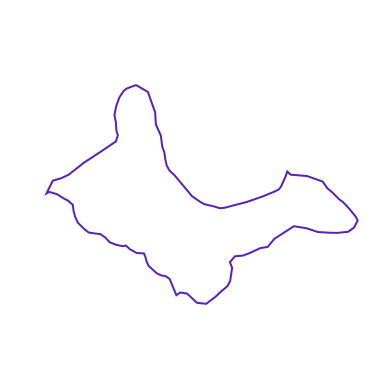 the district of Sosso-Nakombo, Mambéré-Kadéï, Central African Republic, rotated 325°
{"feature_id": "33826404B83457658124611", "entity_name": "Sosso-Nakombo", "entity_type": "district", "adm_level": 2, "iso_a3": "CAF", "parent_name": "Central African Republic", "parent_adm1": "Mambéré-Kadéï", "projection": "orthographic", "projection_center": [15.586, 3.907], "detail": "fine", "context": "isolated", "style": "outline", "palette": "violet", "viewbox_px": 384, "rotation_deg": 325, "n_neighbors": 0, "source": "geoboundaries", "source_scale": "gbopen_adm2", "svg_char_len": 1444}
<svg xmlns="http://www.w3.org/2000/svg" viewBox="0 0 384 384"><g transform="rotate(325 192 192)"><path d="M281.8,229.9L277.1,233.3L267.8,238.7L264.3,239.7L259.0,238.8L247.1,236.1L230.8,231.5L218.4,226.8L210.6,224.0L205.7,221.5L201.3,215.9L195.2,209.1L192.9,204.5L189.6,195.2L187.3,168.4L186.7,165.6L185.9,161.3L186.4,156.0L188.7,150.4L192.1,143.5L193.6,138.0L198.8,127.9L201.2,115.9L205.4,109.0L207.5,105.7L211.1,92.5L213.3,84.9L210.7,79.2L207.5,72.4L204.5,71.4L197.6,69.8L193.9,70.0L186.8,72.9L183.7,75.0L179.0,78.3L172.6,84.5L169.6,91.3L165.3,98.4L163.9,102.9L158.7,106.9L142.5,106.7L120.1,106.0L101.0,107.1L92.7,105.7L84.5,102.9L72.0,109.7L75.3,110.2L80.2,116.4L83.0,123.2L85.4,127.7L87.0,134.1L84.0,139.8L82.1,145.2L80.9,151.8L82.6,161.0L84.2,166.0L88.7,170.3L92.9,174.0L94.8,179.5L95.8,186.1L100.0,192.2L104.2,196.7L107.1,197.9L108.5,203.8L111.8,210.4L117.4,214.7L116.5,218.7L114.9,223.2L114.1,227.7L116.5,238.3L118.9,242.6L122.2,245.9L123.8,250.4L120.0,267.6L124.8,267.6L129.7,272.4L132.5,285.6L139.6,291.8L145.0,291.5L151.4,291.3L158.0,290.3L167.2,289.4L172.2,286.8L181.4,277.1L182.8,271.2L190.3,269.3L197.2,273.3L204.7,275.2L215.6,277.1L222.6,280.4L232.5,277.6L255.9,278.5L265.1,287.5L272.2,297.0L280.7,303.8L287.8,309.0L297.2,314.2L304.5,314.0L311.3,310.4L312.0,306.4L311.3,296.5L309.9,286.8L308.3,282.1L306.8,273.3L305.0,266.5L305.0,258.4L295.3,244.8L282.7,234.4L281.8,229.9Z" fill="none" stroke="#5b21b6" stroke-width="2"/></g></svg>